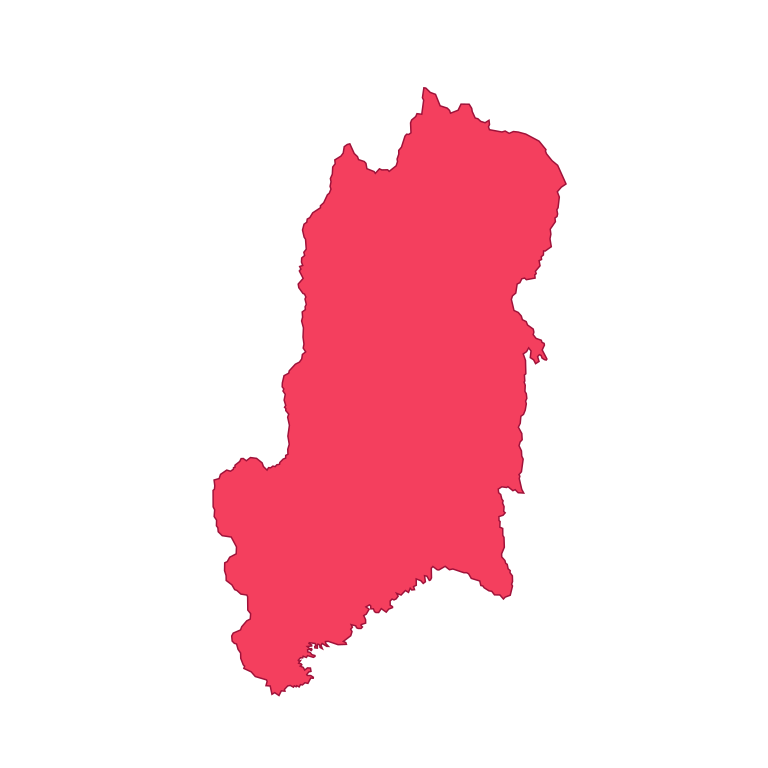 the district of Nam Pat, Uttaradit, Thailand, rotated 153°
{"feature_id": "78962969B51395146999096", "entity_name": "Nam Pat", "entity_type": "district", "adm_level": 2, "iso_a3": "THA", "parent_name": "Thailand", "parent_adm1": "Uttaradit", "projection": "equal_earth", "projection_center": [100.784, 17.695], "detail": "fine", "context": "isolated", "style": "filled", "palette": "rose", "viewbox_px": 768, "rotation_deg": 153, "n_neighbors": 0, "source": "geoboundaries", "source_scale": "gbopen_adm2", "svg_char_len": 6171}
<svg xmlns="http://www.w3.org/2000/svg" viewBox="0 0 768 768"><g transform="rotate(153 384 384)"><path d="M535.7,169.1L535.4,171.0L537.1,173.1L527.9,174.8L524.9,177.9L525.0,180.7L522.6,181.6L522.5,184.5L519.0,181.4L519.1,179.3L518.0,177.9L515.4,176.6L513.5,177.3L514.1,179.2L513.5,180.0L508.9,179.3L507.4,182.4L507.2,186.9L504.3,187.0L499.5,190.1L501.3,193.6L497.2,193.8L496.6,192.4L497.8,189.6L495.5,188.5L495.8,185.5L494.9,184.0L492.5,182.8L488.4,185.1L485.6,179.7L482.0,181.3L477.9,180.9L477.5,181.8L478.9,184.1L477.1,187.8L474.5,188.7L473.1,187.1L470.8,187.0L467.7,188.5L467.8,191.8L464.6,188.2L458.7,190.3L456.8,187.2L453.4,190.1L452.8,187.9L450.2,186.9L449.6,190.1L446.6,190.0L443.8,195.7L440.5,192.0L439.6,188.5L436.9,189.0L434.9,194.8L433.0,193.3L432.8,188.4L431.6,188.3L429.7,189.7L425.5,198.4L423.3,199.2L420.9,194.3L419.5,193.4L412.3,193.8L410.0,188.8L406.6,187.9L398.4,179.5L396.1,178.4L394.8,176.5L394.5,171.2L388.1,165.0L389.2,160.5L387.6,159.2L387.3,157.0L384.4,152.1L382.1,150.4L381.3,146.0L376.5,143.4L375.2,138.2L372.8,139.1L367.4,138.5L361.2,145.7L361.2,147.7L359.1,149.7L356.7,154.8L357.4,158.7L356.3,160.5L357.3,163.0L356.1,167.4L357.0,168.9L356.4,171.8L357.6,176.5L356.3,179.3L350.9,183.9L346.7,192.9L346.9,195.1L343.8,201.4L345.8,203.9L343.0,208.8L343.5,210.1L341.8,213.7L337.5,213.0L334.5,214.2L335.2,216.1L332.7,220.2L332.4,224.1L330.9,225.9L331.3,227.8L330.2,232.5L331.2,235.1L329.9,238.5L325.7,238.9L321.7,236.1L320.2,236.3L317.6,230.4L315.1,230.3L313.8,226.2L309.0,223.4L309.1,227.6L306.4,238.4L304.8,240.2L304.9,242.0L301.4,243.4L294.1,253.9L294.0,257.2L291.9,262.0L291.7,267.7L289.1,270.5L286.2,271.6L283.7,277.3L283.9,284.5L280.4,287.2L276.7,293.1L273.5,293.6L270.1,296.5L266.2,301.7L265.6,304.5L263.3,306.3L261.6,310.8L261.8,313.4L258.7,318.8L258.3,322.1L257.2,322.7L254.8,328.3L253.0,328.7L247.2,340.8L246.3,347.6L242.3,348.1L238.7,350.5L238.0,346.7L241.7,341.1L239.7,337.6L239.7,333.3L235.6,333.7L234.7,338.7L232.2,339.6L231.1,338.1L231.4,335.3L229.9,332.8L228.6,331.7L227.5,332.3L227.6,342.5L223.4,345.8L222.9,347.5L224.3,349.3L224.0,351.6L227.8,355.6L228.7,360.2L226.9,362.2L226.1,365.2L229.3,371.4L229.0,375.1L231.5,378.5L230.8,382.2L231.9,386.8L234.8,390.5L232.1,401.6L229.5,404.2L225.3,405.2L220.0,412.6L216.9,412.6L213.4,415.2L210.6,414.5L209.8,412.3L201.3,409.8L200.1,412.8L198.3,413.2L197.9,415.7L191.3,418.5L189.8,423.5L187.1,423.4L186.1,426.0L183.4,426.6L181.4,430.1L180.0,429.3L172.6,430.4L170.2,438.0L167.3,441.7L165.6,446.5L157.6,450.8L156.3,454.3L153.8,454.7L152.1,456.7L150.9,460.8L148.9,462.0L142.9,471.0L142.3,476.6L136.6,478.9L131.0,479.6L130.0,500.0L132.9,506.7L134.7,515.3L134.4,518.3L133.3,519.3L135.6,530.0L144.2,542.3L150.1,547.6L154.1,550.2L158.7,550.5L161.2,554.4L164.5,555.0L174.6,562.7L174.2,565.7L172.2,567.3L170.7,571.3L175.3,570.9L178.6,574.1L179.9,577.7L182.0,579.6L181.7,586.6L180.7,589.8L181.1,594.6L188.3,598.4L193.7,594.3L201.8,595.1L201.4,598.0L202.4,601.1L207.7,606.4L206.6,618.7L210.4,622.8L212.4,628.7L214.0,629.8L219.8,621.6L219.8,618.9L227.9,607.2L231.9,609.9L234.3,607.9L239.5,606.7L241.8,604.6L245.9,595.6L248.5,595.1L250.5,596.3L252.8,595.3L260.9,587.1L264.8,585.5L266.5,582.1L270.2,578.5L271.0,576.0L274.1,572.9L282.9,571.1L283.5,573.2L288.7,575.7L290.4,577.8L296.1,575.6L296.4,577.8L301.5,583.6L299.9,588.8L300.6,591.2L304.8,595.5L304.4,598.6L305.9,602.9L305.4,613.5L308.0,614.1L311.7,613.5L315.5,608.3L318.9,606.6L326.1,606.0L327.5,602.4L331.2,600.6L334.8,594.4L338.5,591.4L339.4,588.2L342.3,584.6L342.8,581.7L346.2,578.8L348.5,578.3L355.4,572.9L359.7,571.7L360.6,569.9L369.8,568.9L374.6,565.9L377.5,565.8L379.4,563.2L382.7,562.7L386.7,558.2L388.5,551.1L388.2,548.6L392.1,539.4L395.6,537.8L396.4,534.5L400.1,533.7L402.2,530.1L402.6,526.5L405.8,527.0L405.9,524.1L408.1,523.2L408.1,514.8L415.1,512.0L416.2,508.5L415.1,501.5L414.0,500.2L414.1,497.0L415.8,495.6L417.1,490.2L419.2,488.7L420.3,486.0L424.2,485.3L426.2,480.5L428.8,477.6L430.3,470.6L434.9,462.5L437.2,455.9L439.7,452.7L439.2,448.2L443.3,447.4L445.9,443.7L449.4,441.9L454.0,441.9L462.4,438.8L464.0,436.9L469.3,436.8L474.1,431.1L476.0,427.7L475.5,425.1L477.2,423.6L476.7,419.6L480.3,415.0L481.3,409.5L483.2,408.4L482.6,406.8L483.6,404.9L482.6,400.4L484.9,398.2L487.0,390.2L493.3,381.2L495.8,373.3L499.4,369.5L501.5,365.0L504.0,365.0L505.3,362.6L507.9,362.9L512.4,361.4L513.5,359.9L516.3,360.7L518.4,359.8L520.3,361.3L523.0,360.8L524.8,361.9L527.3,360.4L528.9,365.2L528.4,369.1L531.3,375.6L536.4,379.1L541.5,378.1L543.2,381.5L545.2,382.4L547.7,380.5L553.6,379.3L554.7,377.4L556.0,377.8L557.0,376.4L560.4,376.0L563.2,378.7L570.7,377.7L573.8,374.6L579.0,375.6L581.0,370.1L582.9,367.2L584.6,366.8L592.0,352.1L592.0,348.8L595.5,343.0L595.0,338.7L597.7,333.7L597.3,331.4L598.8,327.6L597.0,322.3L589.6,317.0L589.4,305.8L592.8,299.8L600.1,299.7L604.3,296.9L607.1,297.0L610.8,290.1L611.7,284.9L613.8,280.6L610.7,274.1L610.4,268.6L608.8,266.8L606.9,261.8L602.0,258.2L602.1,256.3L608.0,244.4L607.1,239.9L609.9,235.3L613.8,235.3L621.0,232.3L623.5,230.0L631.4,230.5L634.1,228.6L636.0,223.9L635.1,220.9L633.4,219.3L634.5,213.8L633.9,209.4L636.2,204.6L636.9,197.7L636.3,195.9L638.0,194.2L633.0,187.8L631.5,181.8L623.0,173.7L623.2,172.0L626.1,168.8L622.5,166.6L624.7,158.4L621.5,158.6L619.0,154.1L614.8,157.2L611.7,155.3L611.3,157.1L606.9,158.7L604.4,158.0L602.3,155.0L601.0,155.8L599.7,154.1L598.7,154.8L597.1,152.6L594.9,154.1L593.3,152.9L590.1,153.7L587.7,151.8L582.8,155.2L580.6,154.0L580.1,154.8L581.6,157.5L584.6,159.1L584.8,160.2L581.8,161.6L579.5,161.1L578.5,164.3L581.1,165.8L584.5,165.1L584.6,168.1L586.7,170.7L584.7,171.1L584.9,172.3L586.8,173.9L584.1,175.4L585.6,175.7L585.8,176.8L582.7,178.0L580.8,176.9L579.6,178.1L577.3,175.6L575.4,176.7L571.0,172.5L569.2,172.6L568.8,173.4L571.1,175.5L571.7,178.4L573.6,180.0L572.7,181.9L570.9,181.4L569.8,179.5L568.9,180.0L568.7,181.1L570.4,181.9L571.6,185.0L567.4,183.4L566.9,184.2L568.7,186.8L568.0,187.4L563.2,184.1L563.4,181.6L564.8,181.7L565.4,180.3L563.3,178.9L561.4,182.3L560.6,181.9L559.8,180.6L560.6,178.3L559.1,176.1L558.8,179.7L556.9,180.9L554.1,176.2L552.6,175.4L553.7,179.2L553.1,181.1L550.5,180.0L543.3,172.6L535.7,169.1Z" fill="#f43f5e" stroke="#9f1239" stroke-width="1.5"/></g></svg>